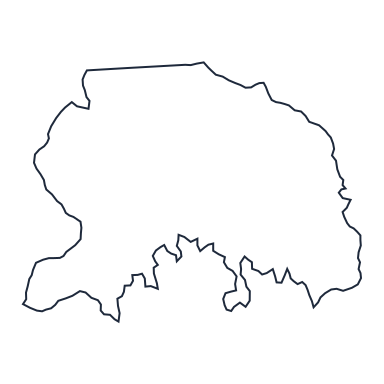 Torrinha, São Paulo, Brazil (Albers equal-area conic projection)
{"feature_id": "56859067B22113080966075", "entity_name": "Torrinha", "entity_type": "district", "adm_level": 2, "iso_a3": "BRA", "parent_name": "Brazil", "parent_adm1": "São Paulo", "projection": "albers", "projection_center": [-48.163, -22.448], "detail": "fine", "context": "isolated", "style": "outline", "palette": "slate", "viewbox_px": 384, "rotation_deg": 0, "n_neighbors": 0, "source": "geoboundaries", "source_scale": "gbopen_adm2", "svg_char_len": 2841}
<svg xmlns="http://www.w3.org/2000/svg" viewBox="0 0 384 384"><path d="M86.9,70.4L84.4,75.0L82.6,79.5L83.0,85.6L84.8,90.1L86.5,97.1L89.5,100.9L88.5,108.8L77.0,106.3L71.8,102.1L65.1,107.5L60.9,111.9L56.2,118.0L51.2,126.2L48.0,134.1L48.9,138.4L47.1,142.6L44.2,146.2L39.4,149.5L35.0,154.4L34.0,162.8L36.5,168.6L40.5,174.2L43.9,180.0L44.8,185.0L46.3,189.5L52.0,194.4L54.5,197.7L57.1,201.1L61.5,204.4L63.9,208.7L65.8,212.9L69.3,215.4L73.4,216.9L80.5,221.7L81.4,227.8L80.9,233.2L80.6,239.1L75.2,245.2L69.9,249.2L66.3,251.9L63.5,256.0L59.9,257.9L54.1,258.1L49.0,258.1L43.1,259.7L36.0,262.8L33.0,270.0L31.7,275.2L29.3,279.0L27.7,286.3L26.0,292.6L26.2,299.2L23.0,304.1L30.0,307.8L36.9,310.6L42.1,311.3L46.0,309.6L51.1,308.3L55.2,304.9L58.3,300.8L65.7,298.4L72.4,295.8L79.9,291.1L85.6,292.5L91.4,297.8L97.9,300.2L100.9,304.5L100.7,310.5L104.0,314.3L110.0,314.8L114.5,319.2L118.5,321.6L119.6,313.2L118.0,305.9L117.4,298.7L121.9,296.2L123.9,291.8L124.7,285.7L130.4,285.4L133.0,280.8L132.3,275.1L137.7,274.9L142.0,273.7L144.8,278.5L145.4,286.6L150.8,286.1L157.8,288.8L156.9,283.3L155.5,278.7L153.9,273.5L153.7,267.7L157.8,264.9L155.2,261.3L152.8,255.9L155.9,250.5L160.5,247.1L164.2,245.0L167.3,251.0L171.2,253.6L176.0,255.2L176.8,261.3L181.4,256.5L180.8,251.5L176.8,245.9L178.3,240.2L178.6,234.8L184.4,237.0L190.7,241.9L197.4,238.7L197.4,245.4L200.2,251.1L204.7,247.3L208.4,244.7L213.2,243.5L213.2,250.8L218.8,254.3L224.9,257.1L223.9,262.2L227.3,267.9L232.6,270.9L236.6,276.4L235.1,284.0L236.1,290.4L231.1,291.6L225.5,293.2L223.2,299.0L224.6,305.1L226.6,309.6L231.2,311.0L234.0,306.9L239.9,302.6L245.6,306.8L249.7,300.7L249.8,291.1L246.4,286.7L245.0,280.0L240.6,274.6L241.1,269.1L240.3,263.0L244.6,256.5L248.2,259.7L251.9,262.2L252.1,268.8L258.4,271.0L262.1,274.5L266.7,273.1L272.8,269.1L275.1,276.3L276.6,282.4L281.5,282.7L284.8,275.1L287.2,268.9L289.5,273.7L290.7,278.4L293.7,281.2L297.6,284.1L302.2,282.0L305.6,285.1L307.6,289.9L309.3,295.1L311.9,301.1L313.6,307.3L318.1,302.4L320.5,297.4L325.1,293.2L331.2,289.5L336.6,288.8L343.1,290.8L351.9,287.8L357.8,284.4L361.0,278.1L360.5,273.1L358.6,269.1L360.0,262.3L358.0,258.1L358.6,252.3L360.8,245.5L360.4,240.0L360.4,235.4L357.1,231.7L353.7,228.4L349.8,226.5L347.2,223.2L344.2,216.8L342.6,212.0L346.8,207.8L348.5,204.0L350.6,199.8L342.7,198.1L338.8,192.7L341.4,189.4L345.5,188.5L342.6,185.1L343.3,180.0L340.1,176.8L337.3,169.3L336.0,160.7L332.0,155.5L334.1,149.0L333.1,143.6L330.8,137.5L328.0,134.4L325.6,131.1L319.1,125.3L309.2,121.8L305.7,116.1L301.1,111.5L294.7,110.3L288.9,105.4L284.6,104.0L280.3,102.8L276.0,102.1L271.7,100.0L268.3,93.4L265.8,86.8L263.6,82.8L259.3,83.1L255.5,84.7L251.1,87.4L245.5,87.7L240.5,85.0L235.4,83.1L228.8,80.3L222.7,76.6L215.8,74.7L211.5,70.7L208.3,67.6L203.7,62.4L196.8,63.6L190.7,65.1L185.2,64.8L126.0,68.1L86.9,70.4Z" fill="none" stroke="#1e293b" stroke-width="2"/></svg>